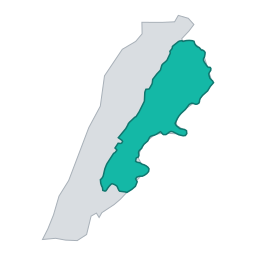 where Beqaa sits in Lebanon
{"feature_id": "LBN-3022", "entity_name": "Beqaa", "entity_type": "Province", "adm_level": 1, "iso_a3": "LBN", "parent_name": "Lebanon", "parent_adm1": "", "projection": "natural_earth1", "projection_center": [36.105, 33.959], "detail": "fine", "context": "in_parent", "style": "filled", "palette": "teal", "viewbox_px": 256, "rotation_deg": 0, "n_neighbors": 0, "source": "natural_earth", "source_scale": "10m", "svg_char_len": 3312}
<svg xmlns="http://www.w3.org/2000/svg" viewBox="0 0 256 256"><path d="M141.9,22.3L161.8,22.4L174.6,21.8L178.3,15.4L188.3,18.3L193.9,24.5L188.9,31.1L181.8,38.6L182.2,40.5L187.5,41.1L196.5,45.2L202.1,50.0L211.3,79.6L205.6,91.8L196.8,102.7L192.8,103.7L185.1,109.1L178.6,116.5L176.3,121.2L176.8,125.6L186.0,131.1L186.3,133.3L184.4,135.0L176.9,133.8L167.3,133.3L161.7,133.3L155.1,134.4L146.7,141.1L143.0,145.5L141.0,148.3L138.0,157.4L141.3,163.7L147.6,167.2L148.5,169.0L147.1,172.2L140.9,176.1L136.2,180.9L134.8,185.9L129.6,190.6L126.4,192.8L120.3,199.3L114.2,204.5L101.9,212.6L99.1,217.5L96.4,213.1L91.1,216.1L86.6,234.5L77.2,240.6L65.5,240.1L55.7,238.3L42.5,239.5L47.9,228.8L53.5,214.9L59.0,196.1L68.7,180.5L88.8,127.6L100.3,106.2L104.5,75.8L122.3,49.3L135.7,41.4L142.1,33.8L141.9,22.3Z" fill="#d9dde1" stroke="#a8b0b8" stroke-width="1"/><path d="M129.7,190.7L126.9,192.4L124.9,191.9L119.7,191.2L119.3,190.8L118.8,190.2L117.7,187.8L117.3,186.8L116.7,185.9L114.4,184.5L112.1,183.7L111.6,183.9L110.8,184.5L109.2,186.2L108.0,187.7L107.0,189.3L105.9,190.8L105.0,191.1L102.8,190.4L102.4,187.3L101.9,186.6L101.4,185.3L101.2,184.8L100.7,183.0L100.4,179.6L101.4,178.8L101.9,178.2L102.7,177.0L103.0,176.4L103.3,175.5L104.9,168.7L106.3,165.1L107.0,163.6L113.6,153.4L114.7,152.8L115.2,152.4L115.8,151.6L116.7,150.5L116.8,150.1L116.8,149.8L115.0,148.0L118.1,143.3L119.0,143.3L120.3,143.5L120.6,143.4L121.0,143.4L121.3,143.3L121.6,143.0L121.9,142.8L122.6,141.5L122.1,140.5L118.3,137.7L125.8,128.6L127.7,125.2L128.2,124.0L128.3,123.7L129.6,122.1L134.7,117.3L136.1,116.6L139.2,111.7L144.4,101.2L144.8,92.7L145.0,91.7L145.9,89.3L148.5,89.1L148.8,89.0L149.1,88.9L149.5,88.4L151.9,84.2L152.3,83.0L152.7,79.4L156.9,73.9L160.4,70.2L161.7,65.6L161.9,65.1L162.3,64.5L163.3,63.5L165.6,61.6L166.5,60.7L167.1,60.0L170.2,53.4L170.3,53.0L169.9,51.3L172.1,48.5L172.2,48.1L172.3,47.8L172.3,47.2L172.3,46.9L172.4,46.7L172.5,46.5L173.0,45.9L178.0,41.9L178.3,41.6L179.7,41.0L182.1,40.7L182.5,41.3L182.8,41.4L183.1,41.4L183.4,41.4L183.7,41.3L186.0,40.6L189.3,40.4L192.4,40.7L194.0,41.3L194.7,43.6L195.8,45.4L197.4,46.8L199.3,47.6L201.0,49.7L201.8,50.3L202.6,50.0L204.4,51.3L205.1,52.5L205.0,54.1L204.6,56.4L204.3,57.4L203.8,58.0L203.5,58.7L203.4,59.9L203.7,61.0L204.3,62.1L206.7,65.7L207.9,67.0L208.8,67.4L209.6,67.3L210.3,67.5L210.9,68.6L210.7,70.4L209.6,72.0L208.7,73.8L209.3,76.4L210.0,78.4L212.8,81.2L213.4,82.6L213.5,82.7L210.3,86.4L207.6,90.9L202.5,95.4L200.3,98.3L199.6,100.2L199.4,101.9L198.8,103.2L196.9,104.2L195.4,104.2L192.9,103.3L191.6,103.2L189.2,104.4L185.4,109.4L180.9,113.5L179.1,115.7L177.5,118.2L175.1,123.3L175.3,123.8L176.0,125.2L176.7,126.0L180.1,128.7L184.6,129.5L186.5,130.7L186.8,133.6L185.4,135.5L183.2,135.8L178.9,134.8L173.0,131.8L171.0,131.4L169.3,132.1L167.7,133.4L165.9,134.6L163.5,134.6L162.6,134.0L161.1,132.2L160.4,131.7L156.3,134.3L154.3,135.2L152.2,135.7L150.3,136.5L149.2,138.0L147.7,141.0L143.9,144.3L142.3,146.8L141.6,148.4L139.5,150.3L138.7,151.6L138.5,152.8L138.9,155.3L138.5,156.7L138.0,157.2L136.5,157.8L136.1,158.3L135.6,161.3L137.1,162.2L139.7,162.7L142.3,164.3L143.9,164.7L146.1,165.8L148.0,167.3L149.0,168.9L148.6,171.5L146.8,173.6L144.5,175.2L142.3,176.2L139.6,176.2L136.9,177.1L135.6,178.9L137.2,181.8L135.4,186.3L131.8,189.4L129.7,190.7Z" fill="#14b8a6" stroke="#0f766e" stroke-width="1.5"/></svg>